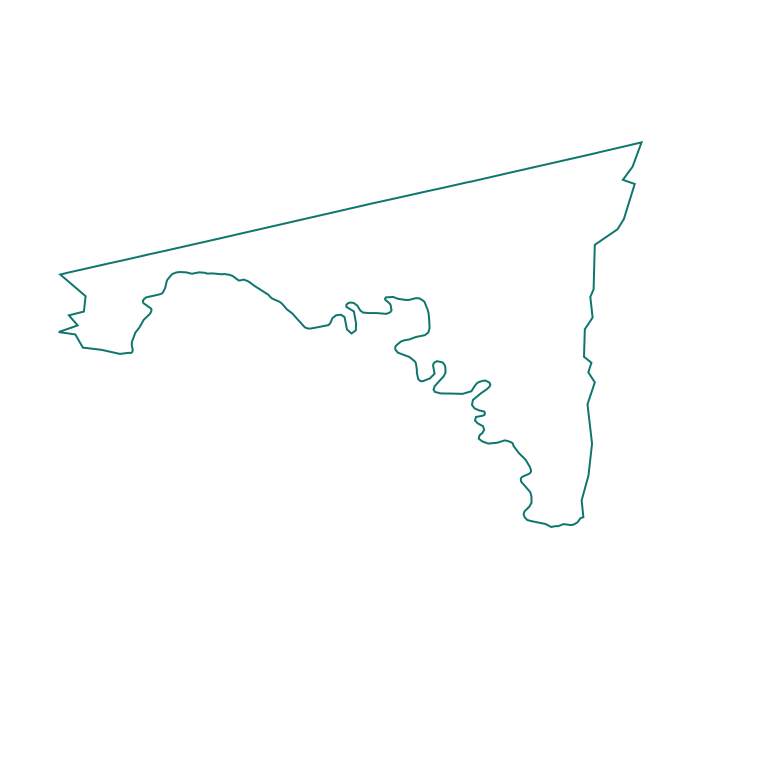 outline of Washington, Maryland, United States of America, rotated 347°
{"feature_id": "52423323B42185126778068", "entity_name": "Washington", "entity_type": "district", "adm_level": 2, "iso_a3": "USA", "parent_name": "United States of America", "parent_adm1": "Maryland", "projection": "orthographic", "projection_center": [-77.915, 39.521], "detail": "fine", "context": "isolated", "style": "outline", "palette": "teal", "viewbox_px": 768, "rotation_deg": 347, "n_neighbors": 0, "source": "geoboundaries", "source_scale": "gbopen_adm2", "svg_char_len": 3324}
<svg xmlns="http://www.w3.org/2000/svg" viewBox="0 0 768 768"><g transform="rotate(347 384 384)"><path d="M98.8,280.9L100.1,281.3L113.0,285.9L116.3,287.1L133.5,295.3L141.6,296.1L144.5,296.8L145.7,296.4L146.9,294.3L146.9,290.1L147.7,286.5L153.3,278.0L158.4,273.9L164.3,267.4L171.4,263.2L173.2,261.4L174.2,259.4L174.0,258.1L167.8,251.1L167.7,248.9L168.8,247.6L171.7,246.1L185.8,246.2L188.4,245.7L189.6,244.6L192.6,240.9L195.6,234.6L196.5,233.6L202.2,229.3L206.4,228.6L210.0,228.9L216.3,230.7L221.7,233.4L229.0,233.6L234.6,235.4L236.4,236.6L242.3,237.8L250.6,240.6L253.3,241.0L257.5,242.6L260.6,244.5L265.6,250.3L266.5,250.7L270.8,250.7L274.0,252.8L276.0,254.7L279.8,259.2L280.3,259.7L291.5,271.1L292.8,273.7L294.4,275.7L295.7,276.7L300.4,280.1L302.3,282.2L306.3,289.6L310.6,294.7L311.6,296.6L319.2,310.3L320.1,311.4L322.3,312.8L325.3,313.5L332.8,313.8L343.1,314.1L345.2,312.8L348.6,308.2L352.8,306.3L357.6,306.8L360.6,309.9L360.2,322.5L363.7,327.5L368.6,325.4L370.4,318.9L371.0,306.5L364.8,300.5L364.9,298.8L366.6,297.3L369.6,297.0L372.8,298.3L375.6,301.6L377.5,307.2L379.7,309.7L385.3,311.5L393.0,313.3L400.8,315.8L401.9,316.2L406.2,315.5L407.9,313.9L408.2,308.5L407.6,306.8L404.2,302.2L404.2,301.1L405.4,300.0L412.6,301.3L416.7,304.1L424.1,307.0L427.1,307.7L434.4,307.5L437.7,308.5L440.7,311.4L441.9,313.0L443.3,321.9L443.3,325.2L442.6,330.7L441.0,339.7L439.9,341.7L438.8,343.8L434.8,345.6L425.5,345.4L418.7,346.3L413.9,346.0L410.0,346.4L404.8,349.1L403.5,350.2L403.1,351.2L402.8,353.1L404.6,356.6L414.8,363.4L419.0,368.7L419.6,370.3L419.7,371.8L419.2,377.7L418.5,380.8L418.5,387.0L419.3,388.2L420.2,389.4L422.5,390.0L429.9,388.9L435.6,385.4L436.0,376.8L437.0,375.1L438.5,374.2L440.8,373.7L445.1,375.7L446.4,376.8L447.5,379.7L447.6,381.3L446.5,386.8L443.9,389.9L432.9,397.5L431.0,400.7L431.3,401.4L431.8,403.1L437.0,405.9L446.3,408.2L446.8,408.3L458.4,411.3L467.6,410.7L471.5,406.7L474.4,404.4L476.4,403.5L481.3,403.1L483.7,403.5L487.1,406.4L487.4,408.8L486.3,410.3L483.1,412.2L476.5,414.8L467.1,419.5L465.0,424.2L466.8,428.2L470.9,431.2L475.5,433.4L475.8,435.2L474.8,436.8L472.3,437.1L466.2,436.8L464.5,440.0L466.4,443.4L471.0,447.4L471.2,451.3L468.7,454.0L465.5,455.5L464.0,458.6L466.9,462.1L472.2,465.5L481.1,466.7L489.0,466.1L492.1,467.6L494.9,469.5L496.0,470.7L496.3,473.5L499.9,481.7L505.0,489.8L507.5,497.8L507.8,500.5L507.6,502.2L506.4,503.6L504.5,504.3L498.4,505.4L496.7,506.2L495.9,507.3L495.6,509.4L496.0,510.6L502.2,522.3L502.4,526.9L501.0,532.9L498.0,536.2L492.3,539.7L490.7,542.4L491.2,545.8L493.0,548.7L496.2,550.5L509.8,556.7L514.7,560.9L519.2,561.1L521.7,561.7L527.3,560.9L534.4,563.5L537.4,563.6L541.5,562.3L545.2,559.0L548.3,558.6L550.4,541.8L562.6,519.3L573.3,488.9L577.7,449.6L589.8,429.8L585.7,418.6L590.9,409.9L585.0,402.5L592.0,375.8L602.2,366.2L604.6,345.6L609.5,339.0L620.7,295.8L646.3,285.8L654.8,277.3L673.3,245.5L662.7,238.8L675.0,228.3L689.3,206.5L689.2,206.5L645.4,206.6L644.5,206.7L552.5,206.4L550.6,206.4L549.1,206.4L515.2,206.4L509.4,206.2L502.2,206.2L484.9,206.1L470.6,205.9L470.2,205.9L412.4,205.4L276.6,205.2L275.2,205.2L259.5,205.2L188.5,204.9L187.4,204.8L162.9,204.8L161.0,204.8L143.4,204.6L101.2,204.4L96.9,204.5L95.2,204.5L94.6,204.5L93.2,204.5L113.0,231.3L107.9,245.9L92.4,246.2L98.7,258.0L78.7,260.2L94.4,266.3L98.8,280.9Z" fill="none" stroke="#0f766e" stroke-width="2"/></g></svg>